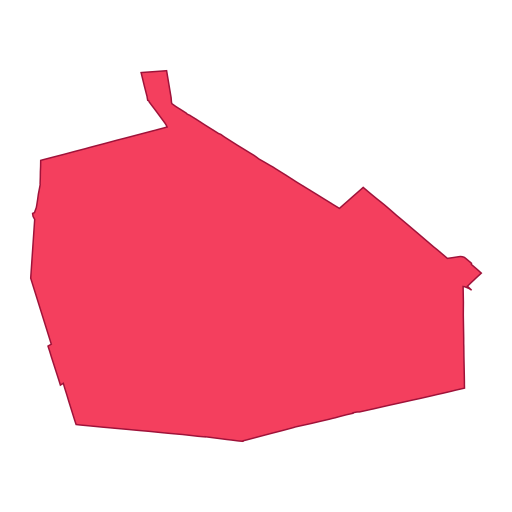 the district of Lovrin, Timis, Romania
{"feature_id": "2599482B37768504608814", "entity_name": "Lovrin", "entity_type": "district", "adm_level": 2, "iso_a3": "ROU", "parent_name": "Romania", "parent_adm1": "Timis", "projection": "robinson", "projection_center": [20.769, 45.969], "detail": "fine", "context": "isolated", "style": "filled", "palette": "rose", "viewbox_px": 512, "rotation_deg": 0, "n_neighbors": 0, "source": "geoboundaries", "source_scale": "gbopen_adm2", "svg_char_len": 2658}
<svg xmlns="http://www.w3.org/2000/svg" viewBox="0 0 512 512"><path d="M463.7,343.6L463.7,338.1L463.5,326.5L463.3,314.8L463.4,302.4L463.2,291.7L463.1,286.5L464.6,286.7L466.7,287.5L469.0,288.5L470.5,289.4L471.6,290.2L467.4,286.2L472.2,281.6L475.7,278.3L481.3,273.1L476.0,268.4L471.4,264.5L471.5,263.3L467.6,260.0L466.2,258.8L464.7,257.6L463.8,257.1L463.3,257.0L462.9,256.9L462.2,256.7L461.4,256.6L460.5,256.5L459.5,256.6L451.6,257.8L447.4,258.4L437.3,249.8L433.4,246.7L424.2,238.8L414.0,230.1L401.5,219.5L396.9,215.7L389.5,209.2L384.1,204.6L376.7,198.7L375.1,197.4L369.3,192.6L363.2,187.4L359.6,190.6L353.9,195.6L339.4,208.4L333.0,204.5L316.9,194.5L297.3,182.5L296.0,181.7L287.5,176.2L275.5,168.7L273.1,167.1L270.0,165.4L264.2,162.0L258.9,159.0L256.3,157.0L253.9,155.3L250.4,153.2L242.6,148.4L237.5,145.3L225.4,137.6L224.9,137.3L223.6,136.4L220.8,134.4L218.5,133.5L216.0,131.9L204.5,124.7L197.3,120.0L190.7,115.9L190.0,115.4L188.0,114.5L187.2,114.1L186.1,113.0L175.8,106.5L171.9,103.7L171.5,102.4L171.1,97.6L166.6,70.7L164.1,70.9L142.0,72.5L141.1,72.6L144.4,86.2L147.1,96.7L147.2,97.6L147.7,100.3L148.5,100.7L148.9,101.1L149.3,102.1L156.7,111.9L164.8,122.9L166.1,124.9L167.1,127.0L163.6,128.0L151.1,131.3L137.0,135.0L130.9,136.6L124.4,138.3L116.9,140.2L109.9,142.1L104.0,143.7L99.4,144.9L94.8,146.1L89.5,147.5L85.3,148.7L75.2,151.3L64.1,154.3L52.8,157.2L42.8,159.8L40.7,160.4L40.6,166.7L40.4,171.4L40.3,177.6L40.1,183.7L40.2,184.6L39.4,188.8L38.4,193.9L37.6,199.7L36.8,204.9L36.3,207.6L35.3,210.3L35.0,211.1L34.5,212.6L32.6,213.4L32.6,213.7L33.1,216.5L34.7,219.4L30.7,278.2L51.3,344.2L48.0,346.1L48.8,348.6L49.7,351.3L51.2,356.3L54.5,366.6L57.5,375.9L59.1,380.9L60.4,385.1L63.3,383.3L64.8,388.4L66.7,394.4L68.7,401.1L70.9,408.1L72.7,413.9L74.6,420.0L76.1,424.5L80.3,425.0L91.0,426.0L102.1,427.1L111.2,427.9L114.3,428.2L127.7,429.4L139.3,430.5L148.8,431.3L162.4,432.7L170.8,433.5L177.9,434.1L182.6,434.5L192.2,435.6L198.1,436.3L202.8,436.7L205.3,436.9L205.3,436.7L207.5,437.0L211.3,437.5L214.4,437.9L221.4,438.8L226.7,439.5L231.3,440.0L237.3,440.8L239.0,441.0L242.8,441.3L243.1,441.2L243.1,440.8L246.7,439.9L257.6,437.0L265.1,435.0L272.0,433.2L281.8,430.7L293.3,427.6L295.5,426.9L299.6,426.0L311.5,423.4L318.6,421.7L329.4,419.2L332.4,418.4L335.1,417.8L339.7,416.5L343.9,415.4L346.6,414.7L352.9,413.3L352.8,413.0L352.9,412.8L356.9,412.0L359.7,411.9L364.2,410.9L376.7,408.1L382.8,406.7L389.8,405.1L400.3,402.8L413.3,399.9L419.4,398.6L432.1,395.7L437.5,394.4L442.6,393.3L451.5,391.2L455.8,390.1L463.8,388.3L464.5,388.1L464.4,384.6L464.4,381.9L464.3,375.6L464.1,366.1L463.9,356.2L463.8,346.6L463.7,343.6Z" fill="#f43f5e" stroke="#9f1239" stroke-width="1.5"/></svg>